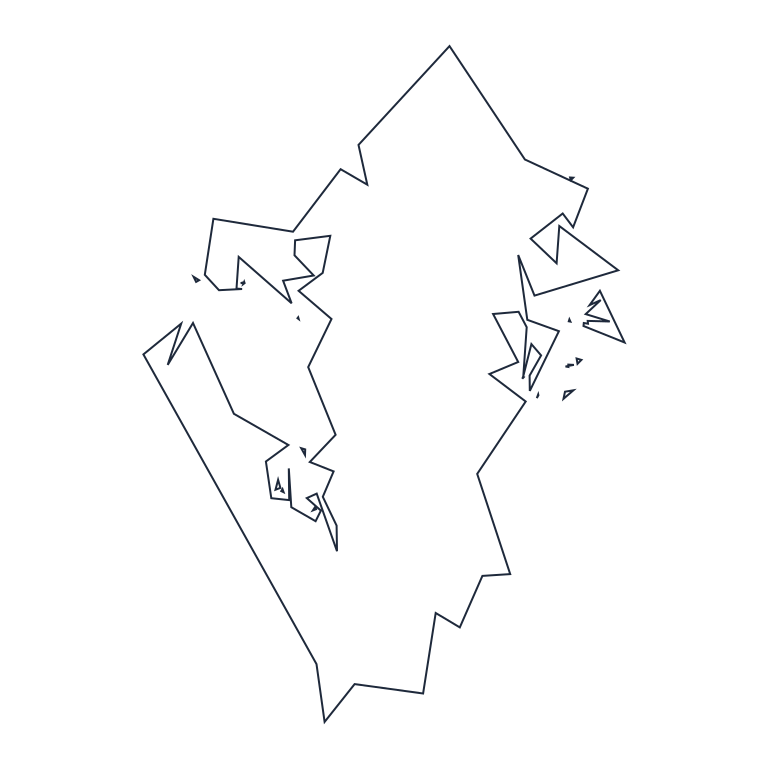 outline of Rodney Local Board Area, Auckland, New Zealand
{"feature_id": "76426892B62509674219060", "entity_name": "Rodney Local Board Area", "entity_type": "district", "adm_level": 2, "iso_a3": "NZL", "parent_name": "New Zealand", "parent_adm1": "Auckland", "projection": "equal_earth", "projection_center": [174.565, -36.497], "detail": "medium", "context": "isolated", "style": "outline", "palette": "slate", "viewbox_px": 768, "rotation_deg": 0, "n_neighbors": 0, "source": "geoboundaries", "source_scale": "gbopen_adm2", "svg_char_len": 1943}
<svg xmlns="http://www.w3.org/2000/svg" viewBox="0 0 768 768"><path d="M358.5,144.9L367.3,184.7L340.6,169.2L293.0,231.7L213.4,218.8L204.8,274.8L219.0,290.2L242.1,289.0L236.5,288.6L238.7,256.9L291.6,303.3L283.1,280.7L313.7,275.5L294.5,255.3L295.1,240.3L330.3,235.8L322.7,272.9L298.6,290.8L331.5,319.0L308.2,367.1L335.6,434.8L309.8,462.0L333.6,471.4L322.8,496.8L336.6,525.6L337.0,551.2L316.7,493.6L306.8,498.1L320.9,510.6L315.6,521.2L291.3,507.2L288.8,468.4L289.2,500.1L271.3,498.2L265.9,461.5L288.4,445.0L233.9,413.8L193.0,323.0L167.7,364.9L181.2,323.6L143.4,354.4L316.5,664.1L324.6,721.9L354.6,684.1L423.1,693.5L435.7,613.0L459.8,627.4L482.4,575.9L510.2,574.1L477.2,473.9L525.7,401.5L489.4,374.0L518.2,362.0L493.1,314.0L518.6,311.8L526.7,327.2L523.3,376.1L531.4,344.1L541.1,355.4L529.6,375.6L529.8,390.9L558.9,331.2L527.3,319.8L518.2,255.0L534.5,295.6L618.2,270.3L559.3,226.0L556.6,263.3L530.6,238.6L562.7,213.5L573.1,227.3L587.9,188.7L524.9,159.5L449.5,46.1L358.5,144.9ZM599.9,290.8L589.6,305.1L600.7,300.1L585.7,314.1L609.8,321.5L587.7,320.9L588.0,323.7L583.8,323.0L583.5,326.0L624.6,342.5L599.9,290.8ZM573.4,390.3L565.0,391.7L563.5,398.8L573.4,390.3ZM199.1,280.2L193.6,276.8L196.1,281.9L199.1,280.2ZM280.4,487.9L278.1,479.8L275.5,489.7L280.4,487.9ZM305.2,449.4L301.2,448.2L305.0,455.0L305.2,449.4ZM581.4,359.9L576.6,358.5L577.5,363.8L581.4,359.9ZM573.9,364.9L568.3,364.6L568.3,365.9L573.9,364.9ZM312.9,510.4L316.0,509.2L315.1,507.0L312.9,510.4ZM573.2,177.7L570.1,177.5L570.8,180.2L573.2,177.7ZM243.5,282.3L240.7,283.1L243.3,283.2L243.5,282.3ZM281.3,491.1L283.6,492.2L282.5,489.1L281.3,491.1ZM522.3,378.7L523.8,377.1L523.1,376.7L522.3,378.7ZM298.7,319.1L298.2,317.3L297.5,318.2L298.7,319.1ZM536.8,398.1L538.4,395.3L538.2,394.4L536.8,398.1ZM568.8,321.3L570.4,321.6L569.4,319.4L568.8,321.3ZM567.6,366.1L565.5,366.5L568.0,366.9L567.6,366.1ZM244.6,283.1L244.2,281.9L243.4,284.0L244.6,283.1Z" fill="none" stroke="#1e293b" stroke-width="2"/></svg>